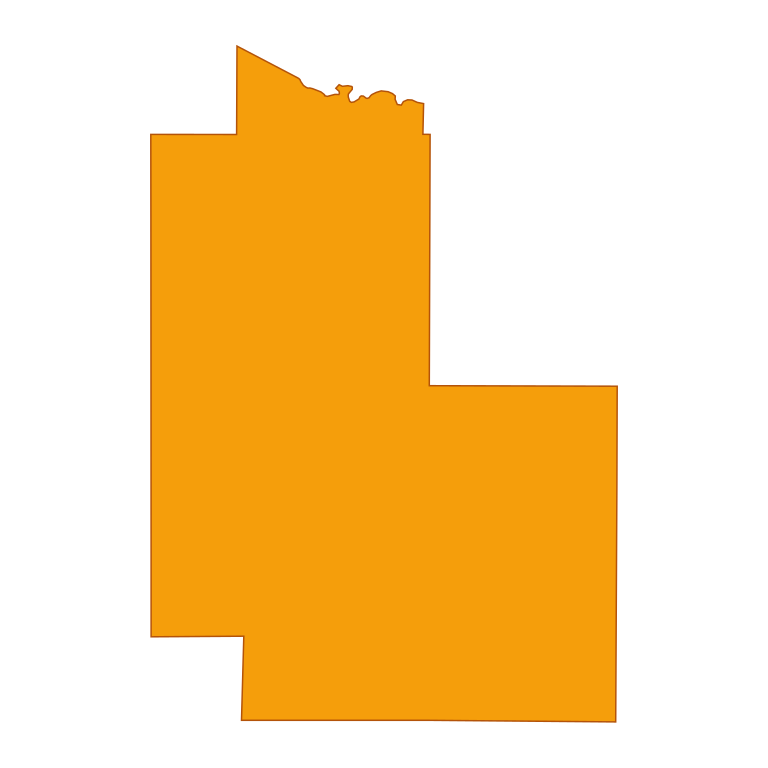 the district of Forest, Wisconsin, United States of America
{"feature_id": "52423323B22880600101250", "entity_name": "Forest", "entity_type": "district", "adm_level": 2, "iso_a3": "USA", "parent_name": "United States of America", "parent_adm1": "Wisconsin", "projection": "equal_earth", "projection_center": [-88.783, 45.725], "detail": "fine", "context": "isolated", "style": "filled", "palette": "amber", "viewbox_px": 768, "rotation_deg": 0, "n_neighbors": 0, "source": "geoboundaries", "source_scale": "gbopen_adm2", "svg_char_len": 948}
<svg xmlns="http://www.w3.org/2000/svg" viewBox="0 0 768 768"><path d="M151.1,636.8L243.8,636.2L241.5,720.3L427.9,720.3L615.7,721.9L616.9,484.2L617.2,386.2L429.3,385.7L430.1,134.4L422.9,134.3L423.6,103.6L417.3,102.4L412.0,100.0L407.6,99.8L403.4,101.6L401.3,105.1L397.3,104.5L395.1,99.3L395.3,96.0L392.5,93.6L388.1,91.7L381.2,90.9L376.3,92.4L372.0,94.5L370.7,95.6L369.0,97.8L367.2,98.4L366.2,98.2L363.4,96.1L362.3,96.0L361.6,95.9L360.9,96.1L360.5,96.4L360.0,96.8L359.7,97.4L358.9,99.0L354.1,101.9L351.3,102.4L349.7,101.3L348.3,97.1L348.2,95.1L348.5,93.8L352.2,89.4L352.3,87.1L351.8,86.5L347.9,85.7L342.4,86.3L339.1,84.7L335.8,88.3L339.1,91.3L339.4,93.3L338.9,94.5L334.9,94.4L327.3,96.4L324.6,95.7L324.7,95.1L323.9,94.2L320.9,91.9L312.7,88.7L309.9,88.0L307.8,88.1L305.9,87.2L303.4,85.4L300.7,81.4L300.0,79.7L298.7,78.4L237.0,46.1L236.6,134.5L150.8,134.4L150.9,218.6L151.1,553.1L151.1,636.8Z" fill="#f59e0b" stroke="#b45309" stroke-width="1.5"/></svg>